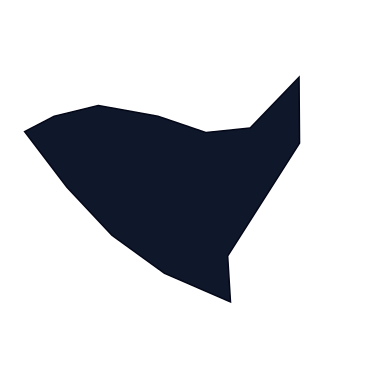 the border of Ceuta, rotated 341°
{"feature_id": "ESP-5815", "entity_name": "Ceuta", "entity_type": "Autonomous City", "adm_level": 1, "iso_a3": "ESP", "parent_name": "Spain", "parent_adm1": "", "projection": "orthographic", "projection_center": [-5.347, 35.887], "detail": "fine", "context": "isolated", "style": "filled", "palette": "ink", "viewbox_px": 384, "rotation_deg": 341, "n_neighbors": 0, "source": "natural_earth", "source_scale": "10m", "svg_char_len": 333}
<svg xmlns="http://www.w3.org/2000/svg" viewBox="0 0 384 384"><g transform="rotate(341 192 192)"><path d="M192.6,308.5L139.5,259.9L102.3,207.0L75.3,146.8L53.4,80.4L86.2,75.5L131.6,79.7L184.5,109.3L224.5,140.3L267.8,150.4L330.6,118.3L309.6,180.8L204.9,264.1L192.6,308.5Z" fill="#0f172a" stroke="#020617" stroke-width="1.5"/></g></svg>